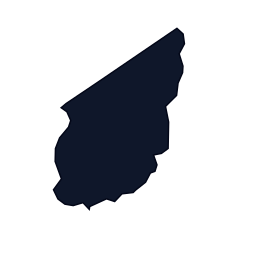 the district of Union, Florida, United States of America, rotated 327°
{"feature_id": "52423323B15524353330478", "entity_name": "Union", "entity_type": "district", "adm_level": 2, "iso_a3": "USA", "parent_name": "United States of America", "parent_adm1": "Florida", "projection": "orthographic", "projection_center": [-82.394, 30.032], "detail": "fine", "context": "isolated", "style": "filled", "palette": "ink", "viewbox_px": 256, "rotation_deg": 327, "n_neighbors": 0, "source": "geoboundaries", "source_scale": "gbopen_adm2", "svg_char_len": 619}
<svg xmlns="http://www.w3.org/2000/svg" viewBox="0 0 256 256"><g transform="rotate(327 128 128)"><path d="M51.2,175.1L53.1,173.0L71.4,175.7L76.8,182.4L87.1,179.9L97.2,184.9L100.6,184.2L113.2,183.0L122.3,177.9L127.0,179.0L132.2,174.7L134.7,164.5L142.2,167.5L150.5,167.0L165.3,145.1L171.2,130.3L186.5,127.1L194.4,117.6L203.9,111.3L207.8,106.0L211.3,93.6L221.2,88.1L225.4,79.2L223.3,71.1L127.0,73.2L89.5,73.8L83.0,74.6L85.6,81.1L84.1,90.5L78.6,94.9L65.3,99.0L56.0,105.7L48.7,116.4L44.5,134.4L31.9,139.2L30.6,149.4L33.6,157.5L39.8,163.2L49.6,166.1L51.2,175.1Z" fill="#0f172a" stroke="#020617" stroke-width="1.5"/></g></svg>